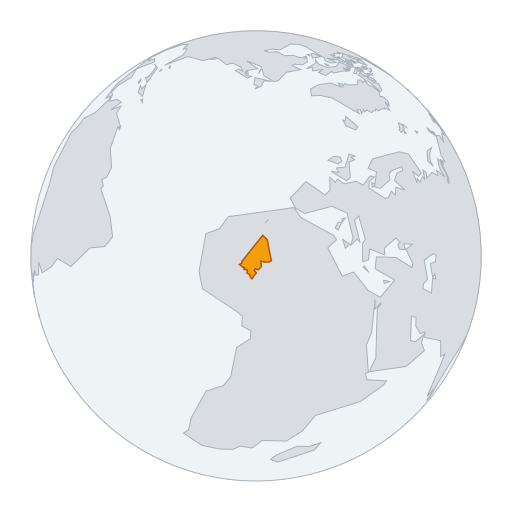 the Earth from above Timbuktu, rotated 44°
{"feature_id": "MLI-2688", "entity_name": "Timbuktu", "entity_type": "Region", "adm_level": 1, "iso_a3": "MLI", "parent_name": "Mali", "parent_adm1": "", "projection": "orthographic", "projection_center": [-3.929, 20.026], "detail": "fine", "context": "on_globe", "style": "filled", "palette": "amber", "viewbox_px": 512, "rotation_deg": 44, "n_neighbors": 0, "source": "natural_earth", "source_scale": "10m", "svg_char_len": 11780}
<svg xmlns="http://www.w3.org/2000/svg" viewBox="0 0 512 512"><g transform="rotate(44 256 256)"><circle cx="256" cy="256" r="225" fill="#eef3f6" stroke="#a8b0b8"/><path d="M229.9,32.2L222.9,33.5L196.3,39.7L193.8,42.0L172.3,53.0L176.5,52.0L171.1,56.4L173.9,57.1L169.1,59.6L175.5,58.2L179.4,55.8L183.4,54.6L185.5,55.0L179.7,58.0L177.9,58.2L177.2,59.3L173.5,60.8L176.5,60.3L169.3,64.3L179.3,61.1L176.0,65.0L170.5,67.5L167.3,66.2L146.4,70.9L139.8,74.1L133.6,79.5L129.9,91.2L124.1,95.8L119.1,102.7L123.9,100.3L129.6,94.2L137.4,92.1L143.5,85.6L147.6,84.0L155.3,78.3L158.1,80.6L156.7,86.2L150.4,91.2L149.6,94.1L158.8,90.8L150.3,102.6L150.1,114.9L147.4,118.2L136.4,120.8L128.2,116.1L113.9,122.1L127.2,120.0L120.3,129.4L120.9,131.9L123.6,132.8L127.8,130.1L126.3,134.1L112.6,136.9L113.7,133.4L118.1,132.3L114.1,130.5L104.9,133.7L102.1,138.8L91.1,140.2L88.9,144.1L85.4,147.0L89.5,140.4L81.9,152.5L68.4,159.9L57.8,182.2L63.9,162.2L63.4,157.6L61.8,154.7L59.9,158.2L60.3,151.2L56.3,154.5L48.3,170.3L42.9,185.2L43.0,190.7L46.1,184.7L48.0,186.9L40.1,204.5L42.3,213.8L38.4,228.5L38.1,238.4L40.8,239.5L43.1,246.6L47.0,240.0L52.3,238.8L50.1,251.5L54.8,242.1L56.5,250.2L68.4,256.9L66.9,259.2L76.5,279.9L90.6,292.6L93.9,303.1L91.9,308.0L97.6,311.7L97.7,315.4L123.6,328.9L139.5,341.8L140.7,354.3L130.9,365.6L130.2,392.2L114.8,395.6L116.3,405.5L113.9,416.6L103.8,411.3L112.4,420.3L111.5,422.7L106.5,420.2L110.6,425.1L107.2,423.1L113.0,428.0L115.0,431.3L123.2,437.7L125.5,439.7L103.3,421.6L100.9,419.3L101.3,419.7L100.1,418.7L87.6,405.2L80.3,394.4L62.0,356.8L57.3,347.3L48.6,332.5L37.5,295.5L37.8,284.7L36.5,277.3L40.8,264.0L41.5,246.1L40.4,242.1L38.3,246.7L36.4,230.4L38.1,215.7L42.5,184.0L48.1,169.1L54.8,154.7L62.4,140.7L71.0,127.4L80.6,114.7L91.0,102.6L102.2,91.4L114.2,80.9L126.9,71.4L140.3,62.7L154.2,55.0L168.6,48.4L183.5,42.7L198.7,38.1L214.2,34.6L229.9,32.2ZM54.4,189.3L57.1,207.1L52.5,204.3L53.9,203.1L53.9,196.9L52.7,189.5L49.5,188.2L54.4,189.3ZM62.4,180.4L61.7,178.4L62.9,179.5L62.4,180.4ZM153.2,77.6L154.2,78.0L152.3,78.8L153.2,77.6ZM155.7,74.9L152.7,75.6L153.4,74.5L155.2,74.1L155.7,74.9ZM159.2,74.4L155.0,72.4L156.3,70.5L164.3,67.5L159.2,74.4ZM179.7,55.0L175.7,57.4L177.2,55.1L179.7,55.0ZM179.6,53.8L178.2,49.7L185.2,46.7L184.2,48.4L191.7,44.7L195.7,45.2L192.5,47.4L187.3,49.1L192.8,48.1L179.6,53.8ZM249.3,30.9L251.0,30.9L248.0,30.9L249.3,30.9ZM185.2,53.9L184.3,53.1L190.2,50.4L193.1,51.5L190.3,52.0L185.2,53.9ZM191.6,43.7L196.5,42.1L201.2,42.0L203.7,41.5L196.4,45.0L191.6,43.7ZM190.0,52.8L194.4,52.2L193.5,54.0L186.5,54.5L190.0,52.8ZM190.6,49.3L193.5,48.2L192.8,49.1L190.6,49.3ZM192.6,60.7L191.4,59.4L194.4,57.8L192.6,60.7ZM196.1,51.9L196.5,51.3L197.5,50.6L200.2,50.6L196.1,51.9ZM200.2,44.9L201.1,45.3L203.4,43.4L207.0,43.6L201.5,46.1L205.3,45.1L206.4,45.2L200.7,47.2L200.2,44.9ZM206.0,48.8L200.2,52.6L201.8,55.1L199.2,56.5L197.1,52.2L206.0,48.8ZM203.4,47.6L204.4,48.6L200.6,49.6L197.6,49.6L203.4,47.6ZM211.4,43.0L207.4,42.0L208.7,41.6L211.4,43.0ZM207.2,49.3L208.6,48.4L207.8,49.3L207.2,49.3ZM210.9,44.6L209.3,44.2L210.9,43.7L210.9,44.6ZM212.7,47.1L210.8,48.2L208.7,48.1L212.7,47.1ZM212.5,45.8L215.0,45.1L209.0,47.4L211.5,45.6L212.5,45.8ZM212.7,44.1L213.1,43.7L213.1,44.4L212.7,44.1ZM221.8,47.1L214.7,50.0L210.1,49.7L217.5,46.8L221.8,47.1ZM138.9,448.2L140.7,448.8L142.9,450.1L142.2,450.0L138.9,448.2ZM263.5,30.8L261.2,30.8L263.5,30.8ZM466.5,175.8L462.8,167.5L465.6,177.3L471.6,205.4L476.3,226.2L476.6,238.0L467.4,213.8L460.1,195.6L458.7,200.0L447.6,188.6L434.0,197.4L430.3,193.3L428.2,197.6L420.0,195.7L413.7,188.9L409.6,191.5L426.0,209.5L430.2,206.9L431.3,196.1L435.3,203.4L442.9,207.2L440.8,231.0L417.8,260.6L412.7,245.7L379.9,209.7L379.3,204.6L379.0,204.1L378.4,203.2L378.4,211.7L371.8,204.5L392.5,230.9L397.2,243.3L417.6,261.7L416.4,264.8L422.0,267.9L436.6,255.1L437.3,260.4L432.2,288.1L409.5,329.4L410.9,349.7L406.4,368.0L388.6,384.3L386.5,396.9L376.7,403.7L373.7,411.0L363.8,420.2L348.6,429.8L326.8,433.9L328.3,427.9L321.8,417.3L313.9,387.9L322.5,372.1L321.7,360.4L305.6,335.3L309.4,319.5L304.3,313.5L294.3,316.1L288.1,308.8L281.8,309.1L240.2,316.7L225.7,306.6L204.4,274.7L210.7,261.9L208.8,246.8L249.6,194.9L261.7,197.1L297.6,187.2L302.7,188.5L302.1,200.4L332.1,210.6L337.4,199.7L360.9,203.0L374.1,199.4L372.4,177.0L350.6,182.4L343.2,173.0L357.8,159.8L376.2,156.1L374.0,152.5L359.2,146.9L360.4,138.8L353.8,144.6L358.8,147.6L354.7,151.6L349.9,149.1L350.5,146.1L344.1,145.9L342.9,161.2L347.9,165.9L332.9,171.9L339.6,180.6L336.7,186.0L324.1,173.3L323.0,168.0L302.2,155.9L302.0,161.8L321.6,174.0L316.9,173.6L316.8,182.9L313.1,175.5L291.7,161.8L276.1,167.4L261.6,191.4L251.4,194.2L240.4,190.5L240.3,167.7L263.2,164.3L263.5,157.2L254.3,148.0L262.0,148.1L261.1,144.2L269.3,142.8L276.3,132.6L284.0,130.6L282.4,119.2L286.1,116.9L286.0,124.1L290.0,128.6L308.4,125.0L310.7,122.1L308.3,115.2L313.7,115.5L308.9,109.3L317.4,105.0L303.0,105.5L299.7,98.5L302.4,92.3L298.8,90.4L294.3,100.6L294.8,104.8L299.4,108.0L298.6,120.8L293.2,123.8L284.2,111.7L275.6,115.0L272.4,105.0L286.5,81.8L294.6,76.7L317.1,81.4L317.7,85.8L309.9,86.1L321.1,91.7L318.3,88.4L322.7,89.0L320.7,83.3L323.8,83.5L316.6,78.1L320.1,77.7L324.6,81.2L324.6,73.5L330.9,71.9L329.4,70.2L326.0,68.7L336.1,68.3L334.6,67.1L330.7,66.7L325.1,64.2L319.1,59.8L323.0,59.9L325.6,61.4L337.0,65.3L343.5,70.1L344.4,69.7L339.7,65.7L325.9,60.8L321.2,58.3L327.7,59.9L325.0,59.1L323.9,57.9L326.3,56.9L319.1,55.0L301.6,44.0L304.6,41.9L312.4,44.0L304.2,38.7L308.2,38.1L304.6,37.5L298.2,35.5L296.9,35.6L294.7,35.3L277.7,31.9L276.7,31.7L275.6,31.6L291.2,33.5L306.7,36.5L321.9,40.6L336.8,45.7L351.4,51.9L365.4,59.1L378.9,67.2L391.8,76.3L404.0,86.2L415.6,97.0L426.3,108.5L436.2,120.8L445.2,133.7L453.3,147.2L460.4,161.3L466.5,175.8ZM239.7,221.2L239.5,225.8L239.7,221.2ZM398.8,163.6L407.9,160.7L398.6,149.4L401.3,147.6L397.2,144.7L397.9,148.6L386.9,140.5L388.9,135.3L385.2,130.3L381.9,131.1L379.9,142.2L395.7,153.6L395.8,159.7L398.8,163.6ZM68.8,256.9L70.0,260.2L67.9,259.1L68.8,256.9ZM50.3,208.8L51.6,210.6L51.8,213.3L50.5,212.8L50.3,208.8ZM65.4,221.8L67.7,224.6L64.6,223.8L65.4,221.8ZM57.9,209.6L63.5,220.0L57.7,220.2L54.4,213.8L57.6,215.1L57.9,209.6ZM58.6,186.7L59.1,188.6L57.9,190.5L58.6,186.7ZM63.3,181.3L62.8,181.2L63.3,178.9L63.3,181.3ZM121.1,129.2L122.2,129.1L124.2,130.7L121.9,131.5L121.1,129.2ZM141.9,130.4L139.1,136.7L139.4,132.4L135.5,134.3L131.5,128.3L145.9,119.6L140.1,124.4L141.9,130.4ZM130.2,118.6L131.1,122.9L129.5,118.6L130.2,118.6ZM247.8,126.4L252.0,128.3L251.0,132.9L241.3,137.0L242.7,130.3L247.8,126.4ZM258.3,130.2L252.1,117.9L257.9,115.4L255.7,118.8L260.1,118.3L257.8,123.7L269.3,134.0L269.2,138.9L251.3,142.9L257.3,138.6L252.8,136.7L258.3,130.2ZM226.2,96.8L223.6,93.1L239.5,92.3L240.1,96.0L230.4,99.9L224.1,97.9L226.2,96.8ZM174.2,70.0L172.1,69.8L173.7,68.8L176.8,68.2L174.2,70.0ZM191.8,60.2L184.6,70.6L182.0,70.7L181.0,77.5L173.6,80.5L174.4,75.8L168.0,83.6L165.8,80.7L162.2,86.1L165.0,75.5L162.7,73.6L168.0,74.4L174.9,71.6L177.3,69.8L182.2,63.7L180.8,59.0L187.4,56.0L192.5,55.1L193.8,55.8L189.1,57.4L194.3,57.1L188.4,60.0L191.8,60.2ZM247.7,55.4L241.7,55.5L251.1,58.3L245.3,60.1L246.8,60.3L244.1,62.9L243.3,66.6L240.1,67.1L241.2,68.4L239.4,70.3L239.8,72.4L234.3,74.1L234.3,76.9L231.6,76.2L233.2,80.6L229.6,78.2L226.9,80.9L231.8,81.8L201.2,89.4L191.1,95.5L184.6,102.2L179.3,98.0L182.0,89.4L189.1,80.1L199.5,75.3L195.2,74.6L199.0,72.2L200.8,73.7L200.2,70.1L203.8,68.6L210.0,62.2L207.0,58.6L209.2,56.4L212.2,57.2L212.3,54.6L219.5,54.7L221.2,53.3L230.0,52.3L234.7,55.1L236.3,53.3L243.1,52.9L247.7,55.4ZM224.3,46.9L231.2,49.1L231.5,51.3L216.1,52.2L213.5,53.4L203.6,54.7L203.5,51.6L206.3,51.5L209.0,50.6L208.0,51.9L210.8,50.3L214.8,50.2L218.1,49.0L219.5,49.9L224.3,46.9ZM306.3,183.5L309.9,183.5L314.9,182.2L315.0,188.3L306.3,183.5ZM291.6,174.3L294.5,173.1L297.1,180.4L293.4,180.7L291.6,174.3ZM293.9,166.5L294.5,172.4L292.0,169.4L293.9,166.5ZM288.4,122.9L291.3,121.6L292.4,123.1L291.8,125.8L288.4,122.9ZM274.5,66.4L271.0,65.5L271.3,64.7L266.0,61.2L269.9,60.0L274.6,61.6L274.5,66.4ZM369.9,181.6L367.4,186.7L364.8,185.2L366.2,183.7L369.9,181.6ZM340.8,188.0L348.5,189.3L340.8,189.6L340.8,188.0ZM277.8,64.4L275.2,63.0L278.7,63.3L277.8,64.4ZM272.4,59.0L276.2,58.9L269.8,59.4L272.4,59.0ZM432.8,354.9L414.8,389.3L407.7,392.2L409.2,384.1L417.7,364.3L426.9,355.7L432.2,345.4L432.8,354.9ZM476.8,227.7L479.2,238.0L478.9,241.6L476.8,227.7ZM307.0,56.1L310.0,61.9L314.7,66.2L321.3,68.4L313.2,68.2L306.0,61.5L307.0,56.1ZM301.9,45.3L296.0,44.1L297.6,43.4L299.2,43.6L301.9,45.3ZM299.0,45.4L293.6,46.2L289.8,44.8L294.8,44.4L299.0,45.4ZM286.0,54.2L286.6,55.9L283.7,55.5L286.0,54.2ZM252.6,30.8L251.1,30.9L250.9,30.8L252.6,30.8ZM294.1,35.4L291.0,34.9L290.9,34.6L294.1,35.4ZM282.5,33.6L284.8,34.3L280.8,33.5L282.5,33.6ZM290.1,36.0L284.9,34.5L292.1,36.1L290.1,36.0Z" fill="#d9dde1" stroke="#a8b0b8" stroke-width="1"/><path d="M252.8,236.5L253.1,236.7L253.4,236.9L253.6,237.0L253.9,237.2L254.3,237.5L254.6,237.7L254.9,237.9L255.2,238.1L255.4,238.3L255.7,238.5L256.0,238.7L256.3,238.9L256.6,239.2L256.9,239.4L257.2,239.6L257.4,239.8L257.7,240.0L258.0,240.2L258.3,240.4L258.6,240.6L258.9,240.8L259.2,241.0L259.5,241.2L259.8,241.4L260.1,241.7L260.4,241.9L260.8,242.1L261.1,242.3L261.4,242.5L261.7,242.8L262.0,243.0L262.3,243.2L262.6,243.4L263.0,243.6L263.3,243.9L263.6,244.1L263.9,244.3L264.2,244.5L264.5,244.7L264.9,244.9L265.2,245.2L265.5,245.4L265.8,245.6L266.1,245.8L266.4,246.0L266.8,246.3L267.1,246.5L267.4,246.7L267.7,246.9L268.0,247.1L268.4,247.3L268.7,247.6L269.0,247.8L269.3,248.0L269.6,248.2L270.0,248.4L270.3,248.6L269.6,251.4L267.3,253.5L265.6,254.9L263.0,256.4L265.3,258.3L267.0,259.7L267.3,260.1L267.2,264.3L266.5,264.7L264.6,265.6L264.3,265.8L264.6,266.8L264.7,267.3L264.7,267.5L265.0,267.7L266.6,267.8L267.7,267.9L267.9,268.0L268.1,268.0L268.2,268.5L268.2,268.8L268.1,269.3L268.2,270.4L268.2,270.9L268.2,271.5L268.4,272.3L268.4,272.5L268.5,272.7L268.7,273.5L268.8,273.9L269.0,275.3L268.2,275.3L266.3,275.0L265.9,274.6L265.6,274.4L265.2,274.2L264.5,274.0L264.0,274.0L263.6,274.0L263.4,274.0L262.8,274.1L262.1,274.4L261.6,274.5L261.3,274.5L261.0,274.3L260.9,273.9L260.4,273.2L260.4,272.9L260.0,272.6L259.8,272.4L259.7,272.4L259.4,272.4L258.9,272.5L258.9,272.3L258.7,272.2L258.6,272.3L258.3,272.7L257.9,272.7L257.7,272.9L257.6,273.0L257.7,273.4L257.5,273.5L257.3,273.6L257.1,273.8L256.8,273.7L256.3,273.8L256.3,273.4L256.2,273.1L255.9,272.9L255.8,272.5L255.5,272.5L255.2,272.6L254.8,272.9L254.3,273.0L254.0,273.2L253.1,273.5L252.5,273.4L251.9,273.4L251.6,273.4L251.4,273.3L251.1,273.1L250.8,273.3L250.6,273.5L250.0,273.7L250.1,273.3L250.2,272.9L250.2,272.5L250.3,272.2L250.4,271.8L250.5,271.4L250.5,271.1L250.6,270.7L250.4,270.4L250.1,270.2L249.8,269.9L249.7,269.8L249.6,269.7L249.6,269.2L249.5,268.8L249.5,268.5L249.5,268.1L249.4,267.8L249.4,267.4L249.4,267.1L249.3,266.7L249.3,266.4L249.3,266.0L249.2,265.7L249.2,265.3L249.2,264.9L249.1,264.6L249.1,264.2L249.1,263.9L249.0,263.5L249.0,263.1L249.0,262.8L248.9,262.4L248.9,262.1L248.9,261.7L248.8,261.3L248.8,261.0L248.7,260.6L248.7,260.2L248.7,259.9L248.6,259.5L248.6,259.3L248.6,259.0L248.6,258.8L248.6,258.6L248.5,258.0L248.5,257.5L248.4,257.1L248.4,256.6L248.3,256.1L248.3,255.6L248.2,255.1L248.2,254.6L248.1,254.1L248.1,253.7L248.1,253.4L248.0,252.9L248.0,252.4L248.0,252.2L247.9,251.7L247.9,251.3L247.8,250.8L247.8,250.3L247.7,249.8L247.7,249.4L247.6,248.9L247.6,248.4L247.6,247.9L247.5,247.5L247.5,247.0L247.4,246.5L247.4,246.0L247.3,245.6L247.3,245.1L247.2,244.6L247.2,244.1L247.2,243.8L247.2,243.7L247.1,243.2L247.1,242.7L247.0,242.2L247.0,241.8L246.9,241.3L246.9,240.8L246.9,240.6L246.8,240.0L246.8,239.5L246.8,239.3L246.8,239.2L246.7,238.9L246.7,238.6L246.7,238.3L246.7,238.0L246.6,237.7L246.6,237.4L246.6,237.0L246.5,236.7L246.5,236.4L247.3,236.4L248.1,236.4L248.9,236.4L249.7,236.5L250.5,236.5L251.2,236.5L252.0,236.5L252.8,236.5Z" fill="#f59e0b" stroke="#b45309" stroke-width="1.5"/></g></svg>